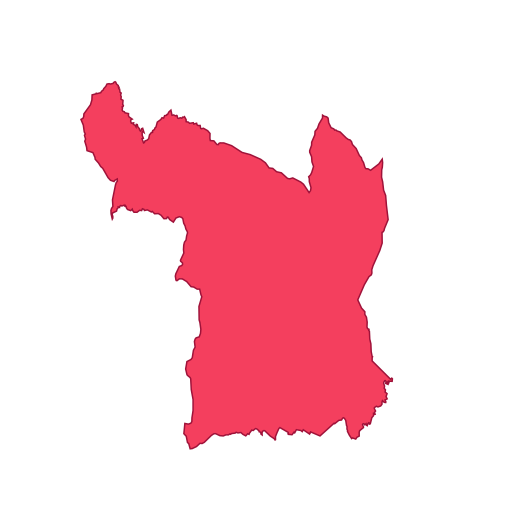 Cogua, Cundinamarca, Colombia, rotated 348°
{"feature_id": "7082276B60465848550372", "entity_name": "Cogua", "entity_type": "district", "adm_level": 2, "iso_a3": "COL", "parent_name": "Colombia", "parent_adm1": "Cundinamarca", "projection": "equal_earth", "projection_center": [-74.006, 5.108], "detail": "fine", "context": "isolated", "style": "filled", "palette": "rose", "viewbox_px": 512, "rotation_deg": 348, "n_neighbors": 0, "source": "geoboundaries", "source_scale": "gbopen_adm2", "svg_char_len": 6114}
<svg xmlns="http://www.w3.org/2000/svg" viewBox="0 0 512 512"><g transform="rotate(348 256 256)"><path d="M399.6,187.5L395.3,191.5L385.9,196.0L383.7,194.0L381.7,193.5L381.0,192.2L380.6,187.0L379.6,184.0L379.5,181.8L378.0,179.2L376.3,171.7L373.5,167.0L373.2,163.9L372.1,162.0L370.5,161.2L368.7,159.2L364.1,152.2L361.1,150.4L360.4,149.4L359.1,149.2L358.5,147.8L356.1,146.1L354.8,140.8L355.2,136.1L354.1,134.6L351.6,133.3L350.4,132.1L349.7,134.9L345.1,139.9L342.7,143.9L339.7,146.3L338.7,149.8L334.1,156.3L333.4,159.2L330.4,164.1L330.1,165.7L331.0,170.5L330.3,175.6L330.9,180.4L327.8,186.0L326.1,188.1L324.0,189.4L324.2,191.3L323.6,194.4L324.0,200.7L322.9,203.4L321.1,205.0L317.4,195.7L315.2,193.0L308.2,187.3L304.9,187.5L303.0,186.7L298.1,179.9L293.7,177.9L290.6,173.8L287.1,172.6L284.6,166.8L280.7,162.4L271.4,155.6L263.9,151.8L255.1,143.0L248.0,138.7L244.3,137.9L243.1,138.2L242.3,139.2L240.9,138.8L238.7,134.6L235.3,133.6L235.4,131.3L236.5,126.6L234.8,123.4L231.1,120.1L229.2,120.2L228.4,119.7L228.5,116.7L226.4,116.3L225.6,115.4L225.5,113.8L222.6,114.0L222.4,112.6L218.6,112.4L217.7,111.0L215.6,110.1L216.0,108.0L215.0,104.8L214.1,105.2L213.0,104.9L212.1,105.8L210.6,105.0L209.1,105.4L208.0,104.8L208.0,102.4L207.7,102.0L206.4,102.2L204.8,100.9L203.1,100.9L203.1,95.6L200.7,97.0L199.0,99.1L198.2,99.1L197.7,99.8L195.8,99.7L194.3,101.9L192.8,101.2L191.3,102.7L187.3,104.5L185.0,109.0L183.7,109.8L183.0,111.1L181.0,111.9L180.5,113.6L179.4,113.4L177.0,115.4L175.4,119.0L173.4,120.1L171.4,120.3L170.4,121.8L169.5,122.0L168.9,117.6L170.3,117.4L169.8,114.5L170.3,111.4L171.2,110.7L172.1,111.8L171.7,107.5L170.6,107.7L169.5,109.6L168.9,109.8L168.3,108.3L168.4,107.2L167.2,104.9L167.2,102.8L166.4,102.4L165.5,104.9L164.8,102.9L163.4,101.8L164.0,100.3L161.7,100.2L161.4,98.1L161.9,96.8L163.4,96.4L160.7,93.5L160.4,92.2L160.9,90.2L157.6,88.7L157.2,87.5L155.9,86.8L155.4,85.4L156.2,83.4L156.0,82.4L157.1,82.1L157.6,81.1L157.1,80.1L158.3,76.1L156.5,74.5L157.3,72.1L157.0,70.4L158.0,68.6L157.0,67.4L157.3,64.4L156.5,63.8L157.2,62.5L156.5,62.1L156.7,60.6L155.3,58.8L155.0,56.9L154.4,56.2L152.8,56.7L152.1,57.5L149.3,57.5L148.2,56.9L146.0,56.8L144.3,58.9L141.9,60.6L141.2,61.7L139.1,62.8L138.1,64.0L134.3,64.1L133.6,63.6L133.3,64.1L129.2,64.3L127.9,69.3L125.5,73.7L117.2,81.2L116.5,83.7L115.4,85.3L113.2,86.0L114.3,92.1L113.8,98.9L114.4,101.2L113.3,102.2L113.6,106.2L112.4,108.1L112.9,114.3L112.6,117.8L118.0,121.0L119.0,126.2L118.8,127.9L121.3,132.3L122.7,136.2L124.3,138.3L127.6,148.6L129.4,151.7L132.6,153.6L133.4,152.7L136.3,151.8L135.9,154.1L134.7,154.9L133.4,157.1L127.3,171.2L126.3,177.8L124.6,179.4L123.6,181.2L123.0,184.7L123.1,190.0L123.8,189.2L124.2,187.3L123.9,185.6L124.7,184.1L128.9,183.1L130.0,180.9L131.5,180.0L131.5,179.4L132.6,180.1L132.9,179.2L134.3,178.5L135.2,179.2L137.2,178.9L138.1,180.0L138.5,179.2L139.3,180.6L139.3,182.2L140.0,183.8L142.9,185.6L144.7,184.4L144.8,185.8L145.7,187.8L148.7,188.5L151.7,187.1L153.6,187.8L154.7,186.2L156.1,187.1L156.3,188.3L159.3,188.3L162.8,191.2L163.8,190.8L165.6,193.6L169.3,194.2L171.6,196.4L173.7,200.4L176.3,200.8L177.3,199.5L178.2,199.8L179.1,202.4L182.2,205.7L185.6,202.2L189.2,201.6L191.3,202.8L192.2,204.3L192.1,208.9L192.9,211.9L193.0,214.9L193.9,218.1L193.8,219.2L192.3,222.0L190.9,225.8L188.9,227.6L187.6,230.3L186.4,234.6L186.0,238.1L181.2,244.5L181.2,245.5L182.6,247.3L182.5,248.8L181.4,249.9L178.8,250.3L173.9,256.7L172.9,258.9L172.7,262.7L172.9,263.4L173.6,263.7L176.3,262.4L179.2,263.1L182.9,266.6L186.1,272.5L188.6,273.4L191.6,276.2L194.0,276.7L194.1,282.4L194.5,284.6L189.7,293.5L187.1,306.7L187.3,309.5L186.8,316.3L185.6,320.2L183.6,323.3L180.4,323.6L179.2,324.6L178.0,326.8L177.5,332.5L175.2,335.2L172.5,342.3L170.9,343.7L166.5,344.9L163.7,351.9L163.8,357.5L164.1,358.5L166.3,361.2L166.6,362.6L164.9,373.2L164.6,383.3L162.3,394.1L159.7,401.0L158.8,404.7L157.5,406.0L154.9,406.4L151.6,405.0L148.5,414.8L150.3,417.8L150.2,424.2L151.2,425.5L151.5,430.9L153.6,431.1L158.2,430.0L162.2,427.6L164.3,428.2L166.7,427.5L174.9,422.3L177.8,421.1L179.6,421.4L183.3,424.2L186.6,425.2L189.3,424.7L191.9,425.2L193.5,424.6L194.1,425.1L195.2,424.6L198.8,424.9L199.9,424.3L201.5,425.3L204.5,425.5L206.2,427.8L208.6,429.8L210.9,428.1L212.1,429.0L212.9,427.8L215.7,425.4L216.9,426.1L219.7,424.7L220.7,425.2L222.6,427.6L222.5,428.5L223.9,429.4L223.9,431.3L224.8,432.3L225.1,430.3L226.0,428.8L227.5,428.4L228.2,428.7L232.6,435.2L235.7,438.3L236.4,439.9L236.9,439.7L237.5,436.7L240.0,432.9L242.5,429.5L243.7,428.8L250.8,435.2L250.8,436.3L250.3,436.6L250.6,437.2L254.1,438.3L256.6,436.2L257.1,437.0L259.4,434.3L263.6,436.0L264.7,437.4L266.1,435.8L271.2,441.1L271.3,440.5L272.0,440.7L272.8,439.4L281.2,445.3L297.6,435.8L298.1,436.4L302.8,434.0L305.6,434.2L306.9,432.7L308.0,432.4L308.8,433.3L309.6,435.5L309.3,440.6L309.6,441.6L309.0,444.2L309.3,445.7L309.0,446.6L310.1,450.8L311.6,454.5L312.6,454.0L315.5,455.8L317.0,454.3L319.5,453.6L320.3,449.8L321.1,448.4L325.4,446.2L325.6,445.6L325.1,443.2L325.6,442.5L326.6,442.4L327.4,443.8L328.8,442.9L328.9,444.5L329.5,445.1L330.5,443.3L331.6,442.5L332.0,442.8L332.0,444.0L332.9,443.9L335.7,438.2L337.8,436.6L338.2,434.4L338.7,434.6L338.9,435.4L339.6,435.5L339.4,433.6L340.7,432.5L340.0,429.8L340.3,428.9L342.5,428.0L343.9,429.0L346.8,428.6L348.4,427.2L348.9,425.0L349.6,423.8L351.0,425.8L352.4,426.3L352.7,425.7L352.3,423.6L354.6,423.0L354.0,420.5L355.6,417.9L354.0,415.9L354.8,413.8L353.9,412.0L354.7,410.0L354.4,407.3L354.7,406.1L356.0,404.7L356.7,404.8L357.1,405.8L356.4,407.6L357.8,408.6L358.3,406.8L359.1,406.2L359.2,408.1L360.4,406.2L363.1,406.9L363.9,404.5L363.4,403.7L361.9,404.4L347.8,382.8L348.5,379.5L349.1,378.8L348.7,378.2L348.8,373.4L350.1,365.8L350.0,361.0L351.3,353.1L350.8,352.2L351.3,351.2L350.0,350.2L349.8,348.5L351.0,343.8L351.3,338.9L350.3,335.7L350.9,333.2L348.4,328.9L346.4,320.1L356.0,306.6L362.2,299.7L364.9,298.4L365.8,296.8L366.4,293.5L368.4,289.9L378.2,276.4L382.1,269.6L384.2,259.1L385.4,258.8L386.5,257.7L387.4,255.8L392.8,247.9L394.1,233.7L395.4,223.8L394.5,218.1L395.3,209.8L395.2,205.0L396.9,197.8L398.0,195.5L399.3,190.9L399.6,187.5Z" fill="#f43f5e" stroke="#9f1239" stroke-width="1.5"/></g></svg>